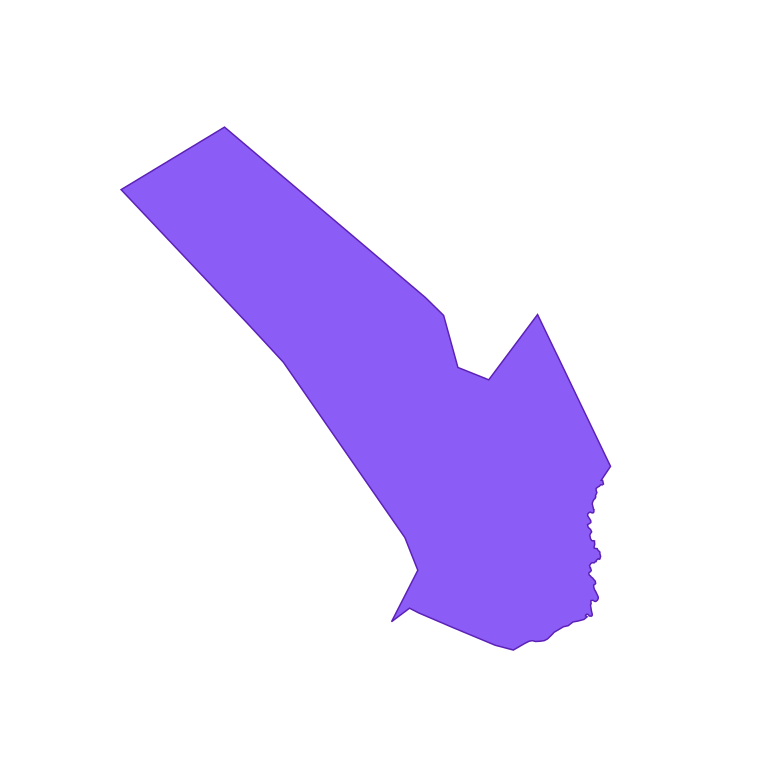 the district of San Juan Teitipac, Oaxaca, Mexico, rotated 162°
{"feature_id": "50627088B7077340988995", "entity_name": "San Juan Teitipac", "entity_type": "district", "adm_level": 2, "iso_a3": "MEX", "parent_name": "Mexico", "parent_adm1": "Oaxaca", "projection": "robinson", "projection_center": [-96.62, 16.891], "detail": "fine", "context": "isolated", "style": "filled", "palette": "violet", "viewbox_px": 768, "rotation_deg": 162, "n_neighbors": 0, "source": "geoboundaries", "source_scale": "gbopen_adm2", "svg_char_len": 2546}
<svg xmlns="http://www.w3.org/2000/svg" viewBox="0 0 768 768"><g transform="rotate(162 384 384)"><path d="M343.2,91.0L334.9,92.8L330.7,93.7L325.6,94.5L322.3,94.1L319.5,92.3L315.0,91.1L310.9,90.4L307.3,91.0L303.2,93.0L301.2,94.0L299.0,95.3L288.7,97.6L288.4,97.7L283.5,97.2L277.8,99.3L274.2,98.8L273.6,98.7L271.0,98.5L266.6,98.3L262.8,99.8L263.4,100.8L264.0,101.3L263.0,102.3L262.4,102.4L261.1,101.8L260.7,100.9L260.5,99.9L258.4,99.1L257.7,99.4L257.2,100.2L257.1,100.7L256.8,104.3L256.2,108.3L255.8,110.3L255.4,110.5L254.9,110.9L254.5,113.2L254.0,114.1L253.6,113.9L252.8,113.9L252.4,113.8L252.0,113.6L250.7,112.1L250.0,111.8L249.4,111.8L249.1,112.0L248.5,112.2L248.0,112.4L247.4,112.8L246.9,113.4L246.5,113.9L246.1,115.1L246.2,116.5L246.9,122.1L247.3,122.8L247.3,125.5L247.3,126.0L246.7,127.9L246.4,128.2L245.4,128.3L244.7,128.7L244.3,129.0L244.0,131.2L244.1,131.5L244.6,132.5L245.1,133.8L245.4,134.7L245.7,135.2L246.7,136.7L246.9,137.5L247.8,138.7L247.8,140.5L247.2,141.3L246.1,141.5L245.6,141.9L244.8,142.2L244.5,142.6L244.4,145.4L244.8,145.4L244.7,147.0L244.7,147.7L242.7,149.4L241.7,149.6L241.1,149.7L240.6,149.4L240.0,149.3L239.6,149.0L239.0,149.1L238.5,149.4L238.0,149.8L237.4,149.7L237.1,149.6L236.8,150.3L236.4,150.7L234.3,151.7L233.6,151.5L233.6,150.8L232.9,150.8L232.6,151.4L232.4,151.4L231.2,153.2L231.2,153.9L231.1,156.1L230.6,157.4L232.1,160.5L232.1,161.5L234.7,162.8L234.6,164.1L233.1,166.4L232.9,167.5L232.5,169.0L232.3,169.7L233.5,170.4L233.9,170.3L234.2,170.4L234.8,170.9L235.4,173.0L235.0,176.6L234.3,177.5L233.2,178.5L232.5,178.9L232.2,179.3L232.5,181.8L233.7,183.9L234.1,184.9L233.9,187.4L232.0,187.7L231.2,188.0L230.4,188.2L230.0,188.5L229.6,190.0L229.8,190.9L229.9,191.4L230.0,191.9L230.2,192.8L230.6,193.8L230.8,194.9L230.9,195.5L231.0,195.8L230.4,197.5L228.8,198.3L227.6,198.5L226.8,197.8L226.6,197.6L226.0,197.2L225.1,196.8L224.0,197.4L223.1,199.7L223.4,200.0L223.0,205.6L222.0,207.4L221.3,208.1L219.8,209.5L219.1,209.6L218.4,210.1L218.2,210.6L217.5,211.1L217.3,212.6L215.4,214.6L215.1,214.9L215.1,217.3L214.6,219.0L213.6,219.5L212.5,219.9L210.5,220.3L210.0,220.8L209.0,221.1L208.0,220.8L207.6,220.6L206.2,221.0L205.9,224.7L207.2,225.3L197.9,232.6L194.0,235.7L204.1,310.6L210.4,357.9L210.5,358.4L211.1,362.6L216.5,402.6L283.1,355.6L308.6,376.9L306.1,430.8L317.9,453.4L456.3,677.6L574.0,650.1L494.9,483.3L482.2,455.8L473.0,435.8L442.7,334.8L422.0,265.9L420.9,262.3L411.6,231.5L409.4,196.4L450.3,155.6L429.0,162.9L421.9,155.7L393.8,131.1L359.0,101.2L343.2,91.0Z" fill="#8b5cf6" stroke="#5b21b6" stroke-width="1.5"/></g></svg>